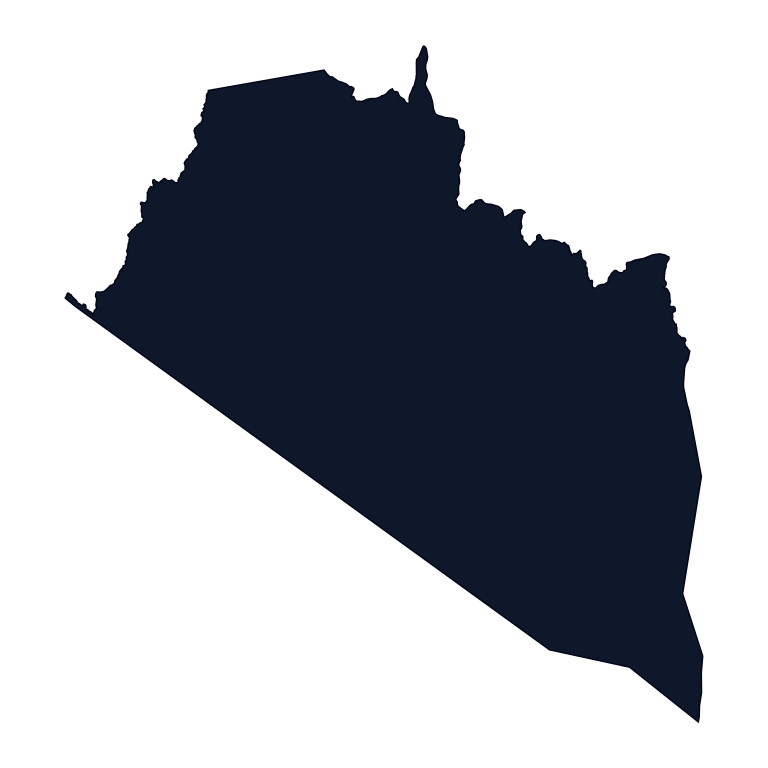 outline of Vinchina, La Rioja, Argentina
{"feature_id": "61730980B36020479947957", "entity_name": "Vinchina", "entity_type": "district", "adm_level": 2, "iso_a3": "ARG", "parent_name": "Argentina", "parent_adm1": "La Rioja", "projection": "equal_earth", "projection_center": [-68.898, -28.359], "detail": "fine", "context": "isolated", "style": "filled", "palette": "ink", "viewbox_px": 768, "rotation_deg": 0, "n_neighbors": 0, "source": "geoboundaries", "source_scale": "gbopen_adm2", "svg_char_len": 6027}
<svg xmlns="http://www.w3.org/2000/svg" viewBox="0 0 768 768"><path d="M208.3,90.5L208.3,92.6L207.3,93.3L206.4,95.7L206.6,97.6L206.1,99.8L206.3,100.9L205.8,102.8L204.1,104.9L205.0,106.6L203.1,108.9L203.3,109.5L204.1,109.8L204.4,110.3L202.9,112.0L202.0,112.4L201.7,113.1L201.7,113.9L201.1,114.8L201.4,116.1L202.1,116.5L202.9,117.6L202.4,118.5L202.4,120.5L201.2,122.0L201.4,122.9L200.4,123.7L199.4,123.6L198.9,124.8L198.2,125.4L197.4,125.6L196.0,127.5L195.5,127.6L194.7,128.8L194.5,129.9L194.1,130.6L194.1,131.2L194.7,132.5L194.6,133.3L195.4,134.4L195.2,137.6L196.8,139.2L197.4,141.9L198.2,143.5L198.3,144.4L197.4,146.1L197.0,146.9L194.8,148.7L194.4,150.1L192.9,150.9L192.5,152.1L191.0,154.1L189.3,155.3L188.1,159.1L187.0,159.0L186.5,159.4L186.1,160.6L185.3,161.1L184.7,162.1L184.3,163.5L185.1,165.2L185.1,169.7L184.2,170.9L181.2,173.0L180.4,175.7L180.4,177.0L179.3,177.6L178.0,180.3L178.3,182.0L177.8,182.7L175.0,182.7L173.9,181.4L171.5,180.0L169.6,180.9L167.8,180.6L166.6,180.1L164.7,178.5L163.2,179.0L162.2,180.4L161.4,180.6L159.1,182.7L158.0,182.6L157.3,181.8L156.5,181.8L154.2,179.7L152.9,180.1L152.7,181.7L152.8,183.1L153.5,184.1L153.3,185.2L153.6,186.4L152.4,187.2L150.7,186.6L150.0,187.4L149.8,188.4L148.9,188.8L148.3,190.4L148.4,191.5L147.3,192.3L147.5,195.1L147.2,198.1L147.4,199.9L145.5,202.6L144.2,202.9L141.3,202.2L140.5,203.4L140.7,204.5L141.6,205.2L141.3,210.4L141.5,212.6L142.2,213.9L141.9,214.6L141.8,216.4L142.1,217.2L143.9,218.6L142.8,220.5L142.8,221.9L139.9,223.1L138.2,224.4L137.1,224.5L136.3,226.5L134.6,227.5L134.0,228.8L132.5,229.5L129.4,233.4L127.9,234.7L128.0,235.5L129.1,236.8L129.6,238.7L129.0,240.0L129.2,241.7L128.5,243.0L128.0,245.4L128.1,247.2L127.6,248.0L127.4,249.7L126.7,251.1L127.7,254.1L127.2,256.1L126.4,257.0L126.4,259.4L126.7,260.3L126.0,260.5L125.3,261.3L125.6,264.7L125.0,265.3L123.3,265.7L123.0,267.2L119.6,271.4L119.1,273.8L117.9,275.9L117.7,277.2L115.0,280.6L114.4,283.1L112.3,285.0L110.5,285.3L107.9,288.1L104.0,291.5L100.2,292.2L97.1,291.9L96.6,292.3L95.7,294.1L95.6,296.6L96.5,298.2L96.7,299.0L95.9,305.2L96.4,307.2L96.4,308.2L96.2,308.9L94.5,310.3L94.2,311.9L93.2,313.2L93.3,314.9L92.9,315.6L92.1,313.3L91.2,312.2L89.5,311.5L87.8,309.9L86.0,309.1L85.8,305.7L85.2,304.6L83.3,304.2L82.6,305.5L81.7,305.7L79.3,303.6L78.3,303.6L76.3,300.5L72.0,296.4L71.1,294.8L70.1,294.5L69.2,293.6L67.9,293.0L67.6,293.3L66.6,294.9L66.5,296.2L65.5,297.3L65.3,298.1L75.2,306.3L549.5,649.8L629.6,667.2L698.3,721.9L699.2,716.8L699.5,705.7L701.5,692.6L701.3,672.7L702.7,656.1L682.6,593.7L701.4,476.5L689.2,411.1L687.2,404.9L683.6,387.6L683.5,383.2L684.6,367.7L685.9,363.5L688.0,359.9L689.8,350.9L688.4,349.8L687.1,347.7L685.3,345.9L684.6,342.6L685.8,340.4L685.5,339.0L684.7,338.0L682.9,337.6L681.3,337.8L680.4,336.5L678.6,335.4L676.8,332.6L676.9,327.7L676.2,326.4L676.2,324.2L675.2,324.1L674.0,322.5L673.6,321.2L672.8,320.2L672.5,319.0L672.8,316.4L672.3,312.8L675.1,311.2L675.3,309.6L675.0,308.1L674.7,307.3L673.4,306.5L671.1,306.6L669.9,306.2L669.5,305.0L670.5,301.4L669.9,299.5L669.7,294.2L669.3,293.0L667.5,289.5L666.9,288.9L666.0,288.2L663.3,288.2L662.8,287.3L664.5,286.9L665.9,285.2L666.1,284.3L666.1,282.5L664.5,280.2L664.3,279.4L664.1,277.9L664.4,277.2L664.4,274.9L664.6,274.2L664.8,271.4L665.1,270.7L665.1,269.5L665.9,267.9L666.3,263.6L669.1,258.7L668.9,257.0L665.4,255.4L665.2,255.0L659.9,253.9L655.0,254.4L652.4,254.9L643.9,258.4L635.0,260.1L630.3,262.1L627.0,262.6L626.3,264.2L626.9,266.3L626.5,269.8L626.1,270.2L623.9,270.9L622.9,272.4L621.8,272.9L618.7,272.4L616.3,270.6L614.7,270.4L611.5,273.3L610.8,275.0L608.6,277.9L607.8,282.3L605.2,283.6L604.5,284.5L602.1,284.4L598.3,285.5L595.7,288.0L593.8,288.0L592.4,286.6L592.2,283.5L592.5,282.5L592.3,280.7L591.9,280.4L589.8,280.7L589.2,280.0L588.8,278.1L587.8,276.8L587.5,275.8L587.6,273.4L587.1,271.7L587.0,267.9L586.4,267.4L585.5,265.7L585.9,263.1L585.2,261.4L582.9,259.8L581.8,258.2L580.6,250.7L580.2,250.4L579.7,250.7L576.7,253.6L573.5,253.6L572.2,255.4L571.6,255.3L570.8,252.3L569.6,250.0L569.5,248.8L568.5,245.7L566.3,244.6L565.8,243.8L564.3,242.4L562.5,243.3L561.1,243.2L558.3,241.5L554.9,240.5L550.2,240.0L545.5,240.7L544.4,240.5L542.3,239.2L541.6,238.3L541.1,236.6L539.7,234.7L538.0,234.9L536.9,236.0L536.7,237.1L536.8,238.9L536.2,241.0L534.5,241.7L533.1,243.1L530.6,246.7L529.7,246.3L529.1,246.4L528.6,247.1L528.0,246.4L527.6,245.0L526.1,242.8L525.3,242.5L522.7,239.7L522.8,236.9L522.4,236.0L520.9,235.2L520.5,233.3L520.2,230.2L520.5,229.4L521.3,228.6L521.8,226.5L521.0,221.6L522.5,214.3L525.0,212.4L524.1,211.4L521.0,209.7L514.1,210.3L510.9,213.5L504.8,217.2L503.7,216.6L502.2,209.7L498.6,206.5L491.6,204.4L485.9,203.8L483.9,202.5L482.1,200.2L481.1,199.7L478.9,199.9L475.4,201.1L474.1,203.8L471.8,204.3L470.3,205.1L465.9,210.0L464.1,210.8L458.9,206.9L457.4,205.3L457.2,202.1L455.9,200.0L455.8,199.0L456.8,197.0L458.6,194.8L458.8,193.3L458.5,189.5L458.6,186.0L459.5,182.9L459.4,179.6L458.8,175.0L460.4,170.6L460.4,169.5L460.2,168.2L458.8,165.8L458.7,164.7L459.3,162.0L460.3,160.6L460.0,157.8L460.6,154.1L463.3,146.0L464.1,144.9L463.8,143.7L464.5,137.0L464.1,131.6L462.9,130.2L460.2,129.5L459.0,128.1L457.5,123.4L457.1,120.3L453.2,118.5L444.8,117.5L440.7,116.1L438.5,115.7L435.8,114.2L435.1,113.3L433.5,109.0L432.4,101.5L430.5,95.1L425.5,85.6L425.2,83.3L426.8,78.7L427.2,75.8L427.1,74.4L425.6,69.0L425.7,64.4L427.3,59.8L427.6,56.5L426.3,48.9L425.3,47.1L423.9,46.1L422.9,46.8L418.9,56.9L416.7,59.5L416.4,62.3L416.5,75.0L416.1,76.6L416.2,77.7L414.2,85.8L412.7,87.9L412.2,89.8L411.4,91.3L411.4,92.0L410.1,94.3L409.4,96.7L409.1,98.7L409.3,102.5L408.7,103.5L406.5,103.0L405.5,102.0L404.0,99.3L400.0,96.7L398.7,94.7L398.1,92.6L396.7,91.6L394.6,91.6L393.5,91.0L392.3,88.8L389.9,90.0L385.7,94.3L382.7,95.7L381.6,95.8L381.3,96.4L379.8,97.1L376.3,98.4L369.9,98.7L365.9,99.6L364.5,100.6L361.6,101.5L356.4,101.1L355.5,100.5L353.7,96.6L351.1,96.2L354.0,89.2L353.4,87.8L351.4,86.7L349.3,86.7L346.5,84.1L342.0,82.3L338.0,81.1L332.4,77.0L329.4,76.6L328.8,75.5L327.7,74.9L324.0,70.1L208.3,90.5Z" fill="#0f172a" stroke="#020617" stroke-width="1.5"/></svg>